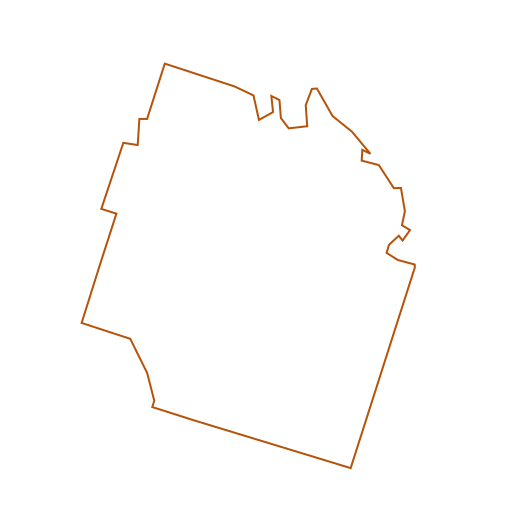 Onondaga, New York, United States of America, rotated 21°
{"feature_id": "52423323B60762350977788", "entity_name": "Onondaga", "entity_type": "district", "adm_level": 2, "iso_a3": "USA", "parent_name": "United States of America", "parent_adm1": "New York", "projection": "equal_earth", "projection_center": [-76.181, 43.021], "detail": "fine", "context": "isolated", "style": "outline", "palette": "amber", "viewbox_px": 512, "rotation_deg": 21, "n_neighbors": 0, "source": "geoboundaries", "source_scale": "gbopen_adm2", "svg_char_len": 722}
<svg xmlns="http://www.w3.org/2000/svg" viewBox="0 0 512 512"><g transform="rotate(21 256 256)"><path d="M420.4,420.1L412.3,278.6L408.4,209.7L407.2,207.1L389.9,208.9L376.8,206.3L376.2,197.7L382.1,185.9L387.3,189.0L390.5,176.6L381.2,175.0L379.0,160.9L366.9,140.5L360.4,143.3L338.1,127.1L320.5,129.1L317.2,118.8L326.2,119.6L300.9,105.5L277.3,97.9L252.8,77.8L248.3,80.0L248.4,97.4L257.3,116.5L240.8,125.1L229.8,118.3L222.0,102.0L213.0,101.1L220.3,115.5L210.0,127.9L196.1,107.0L175.3,105.4L101.9,109.1L105.2,167.1L98.0,169.8L105.8,194.8L91.6,197.9L94.7,267.5L110.5,266.5L113.5,321.3L117.2,381.0L168.3,378.4L196.3,404.2L212.9,427.6L213.3,434.2L256.4,431.7L420.4,420.1Z" fill="none" stroke="#b45309" stroke-width="2"/></g></svg>